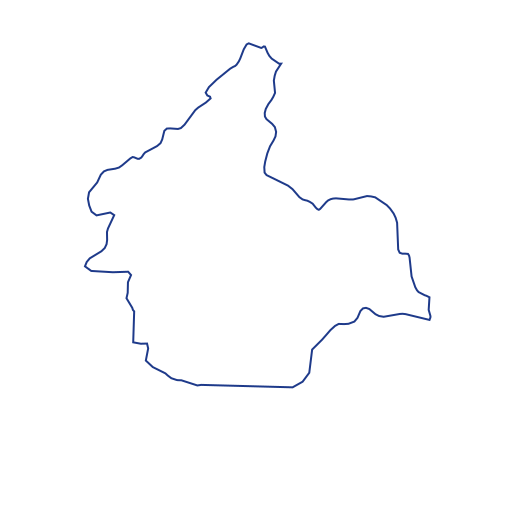 outline of Región Metropolitana de Santiago, rotated 226°
{"feature_id": "CHL-2698", "entity_name": "Región Metropolitana de Santiago", "entity_type": "Region", "adm_level": 1, "iso_a3": "CHL", "parent_name": "Chile", "parent_adm1": "", "projection": "equal_earth", "projection_center": [-70.53, -33.621], "detail": "fine", "context": "isolated", "style": "outline", "palette": "blue", "viewbox_px": 512, "rotation_deg": 226, "n_neighbors": 0, "source": "natural_earth", "source_scale": "10m", "svg_char_len": 2382}
<svg xmlns="http://www.w3.org/2000/svg" viewBox="0 0 512 512"><g transform="rotate(226 256 256)"><path d="M367.4,125.8L367.6,126.3L369.3,130.1L369.8,134.8L366.8,148.1L366.8,152.7L368.3,156.7L370.9,160.0L376.8,165.5L378.6,168.6L383.9,182.4L388.5,181.4L396.0,169.5L402.1,168.5L408.2,171.1L413.9,174.8L417.8,180.2L419.2,192.8L422.3,200.9L422.5,205.4L421.1,209.0L416.6,215.4L414.8,218.9L414.2,222.7L413.5,233.4L412.9,236.0L411.6,236.9L408.1,238.4L407.1,239.4L406.5,241.8L406.8,243.8L407.3,245.8L407.5,248.2L403.8,261.2L403.5,265.7L405.0,269.5L409.7,277.0L409.6,280.4L407.4,282.9L401.6,288.1L400.2,290.8L400.1,295.8L403.1,313.6L402.9,317.6L401.2,326.5L400.9,332.8L402.5,333.6L405.3,332.5L408.5,333.3L410.2,339.5L410.2,350.1L408.7,367.5L407.9,371.0L407.2,372.9L407.1,374.9L407.9,378.8L409.0,381.8L413.2,390.8L414.7,396.2L414.0,398.5L402.0,404.3L401.6,405.5L401.4,407.1L400.4,407.9L394.2,405.5L390.7,404.6L387.1,404.4L378.3,406.2L376.9,407.7L374.8,398.5L372.7,394.7L369.8,390.7L360.1,383.0L358.5,379.0L357.5,375.4L356.7,370.5L355.0,365.2L352.8,361.6L350.1,359.3L347.1,358.6L339.7,359.4L335.6,359.1L331.3,356.7L328.5,353.1L326.9,348.8L325.2,342.4L322.0,335.5L317.6,328.3L314.2,323.7L310.0,320.1L306.8,319.8L284.4,327.9L278.7,328.7L268.2,328.1L264.4,328.8L262.2,330.0L260.2,331.3L257.6,332.3L254.3,333.1L249.3,332.6L247.1,332.7L245.6,333.3L245.3,334.9L245.9,342.9L246.0,343.3L245.9,346.4L245.0,349.2L243.8,351.3L241.9,353.6L231.9,362.3L229.0,365.4L222.0,377.5L219.0,380.1L215.4,382.5L201.8,385.4L197.0,385.4L190.9,384.5L186.5,383.0L181.9,380.6L161.9,362.8L158.5,361.6L156.0,362.9L154.1,364.9L151.9,366.8L150.0,366.4L148.1,365.3L133.2,353.7L122.9,348.9L119.5,348.0L117.1,347.9L110.6,350.1L109.1,350.9L105.8,352.1L97.3,342.8L91.5,339.7L90.6,338.7L89.5,336.4L110.3,323.2L112.6,321.3L114.4,319.2L123.6,305.6L127.4,302.8L131.2,301.5L139.1,300.7L142.3,299.1L144.0,296.6L143.9,292.9L141.0,286.0L140.5,281.2L143.0,275.4L145.8,272.1L149.7,268.3L150.8,264.3L151.0,258.2L149.9,245.4L149.7,231.4L135.0,213.2L133.2,202.2L136.1,191.1L201.4,127.0L203.6,123.9L218.4,116.0L221.1,113.4L222.1,112.7L226.9,110.2L231.3,109.5L234.5,109.3L247.7,104.6L257.3,104.1L264.4,114.2L268.7,116.8L272.9,112.2L279.2,107.7L300.8,129.9L302.7,130.0L304.7,131.0L315.6,133.5L318.6,138.1L326.1,145.7L329.1,152.9L333.5,153.1L343.7,141.8L359.7,127.1L367.3,125.8L367.4,125.8Z" fill="none" stroke="#1e3a8a" stroke-width="2"/></g></svg>